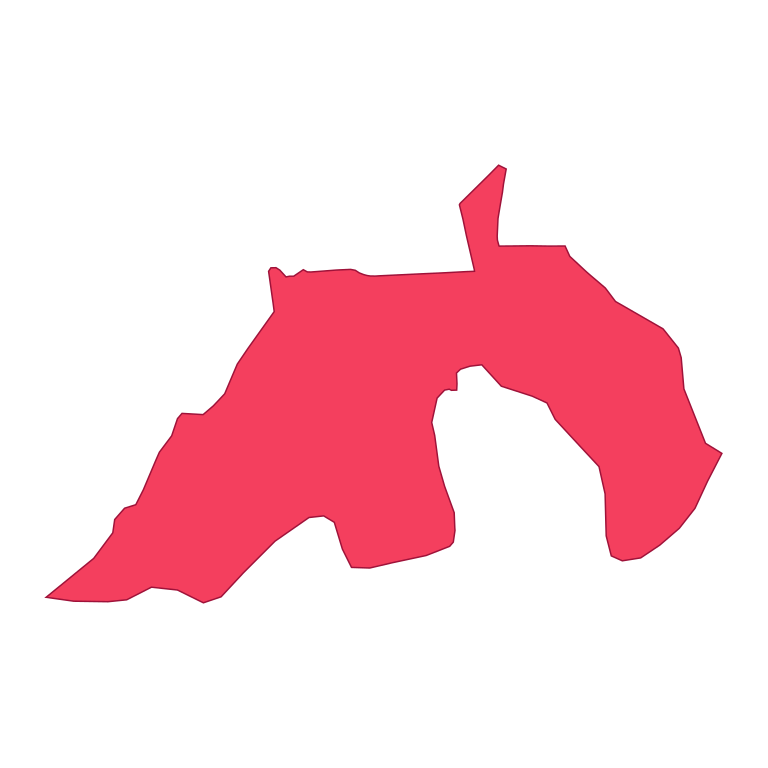 the district of Nioro, Kayes, Mali
{"feature_id": "8926073B70352921020870", "entity_name": "Nioro", "entity_type": "district", "adm_level": 2, "iso_a3": "MLI", "parent_name": "Mali", "parent_adm1": "Kayes", "projection": "natural_earth1", "projection_center": [-9.59, 15.152], "detail": "fine", "context": "isolated", "style": "filled", "palette": "rose", "viewbox_px": 768, "rotation_deg": 0, "n_neighbors": 0, "source": "geoboundaries", "source_scale": "gbopen_adm2", "svg_char_len": 1809}
<svg xmlns="http://www.w3.org/2000/svg" viewBox="0 0 768 768"><path d="M203.4,602.8L221.1,596.8L243.4,572.8L275.1,541.1L309.0,517.5L323.7,515.9L334.3,522.3L342.4,549.1L351.5,567.4L369.8,568.0L392.0,562.8L426.2,555.5L449.7,546.3L453.3,542.1L455.0,530.4L454.8,527.9L454.2,512.7L444.6,486.3L438.8,466.2L434.7,435.4L431.7,422.5L437.1,398.1L444.6,390.1L449.2,389.2L451.4,390.3L456.7,390.1L457.0,383.8L456.5,373.0L460.5,369.2L469.9,366.2L481.8,364.8L501.3,386.2L532.3,396.2L547.0,403.0L555.2,419.4L580.0,446.2L599.0,466.6L605.1,493.9L606.2,535.9L611.3,555.9L622.3,560.8L640.7,557.9L659.8,545.1L679.3,528.3L695.0,508.3L707.6,481.1L721.9,453.4L705.5,443.3L683.9,388.9L681.2,357.7L678.4,348.1L669.0,336.3L663.1,328.9L615.5,301.5L605.3,288.0L590.4,275.3L586.6,272.0L569.8,256.4L565.6,247.2L565.1,246.0L549.5,246.1L530.6,245.8L521.1,245.9L511.2,246.0L499.2,246.1L498.9,245.7L498.8,245.2L497.4,240.1L497.2,236.2L498.0,218.5L500.1,205.9L502.3,193.1L502.4,192.7L503.5,184.0L504.8,176.8L506.2,169.0L498.6,165.2L487.2,176.7L460.1,203.4L459.4,204.8L462.3,216.5L462.9,218.9L466.4,235.6L474.3,269.6L474.5,271.3L472.1,271.4L466.5,271.6L449.9,272.5L444.2,272.8L438.0,273.1L426.4,273.6L379.7,275.8L376.7,276.0L374.7,276.1L372.8,276.0L371.2,276.0L370.3,276.0L367.0,275.5L363.7,274.6L359.3,272.9L355.3,270.3L350.6,269.4L337.4,270.0L335.8,270.1L310.9,272.0L307.3,271.9L303.3,269.7L293.7,276.2L289.6,276.2L286.0,276.9L279.8,270.1L276.0,267.7L270.9,267.8L268.6,271.3L272.5,299.0L273.0,302.4L274.2,311.6L247.9,348.5L237.3,364.1L224.7,393.8L213.4,405.8L203.1,414.6L182.0,413.4L177.5,418.6L171.7,435.8L159.4,452.2L156.0,459.9L143.3,489.9L135.8,504.7L124.6,508.2L114.7,519.5L112.8,532.8L93.7,558.4L46.1,597.3L73.8,601.2L108.0,601.7L126.7,599.8L151.4,587.2L177.4,590.0L203.4,602.8Z" fill="#f43f5e" stroke="#9f1239" stroke-width="1.5"/></svg>